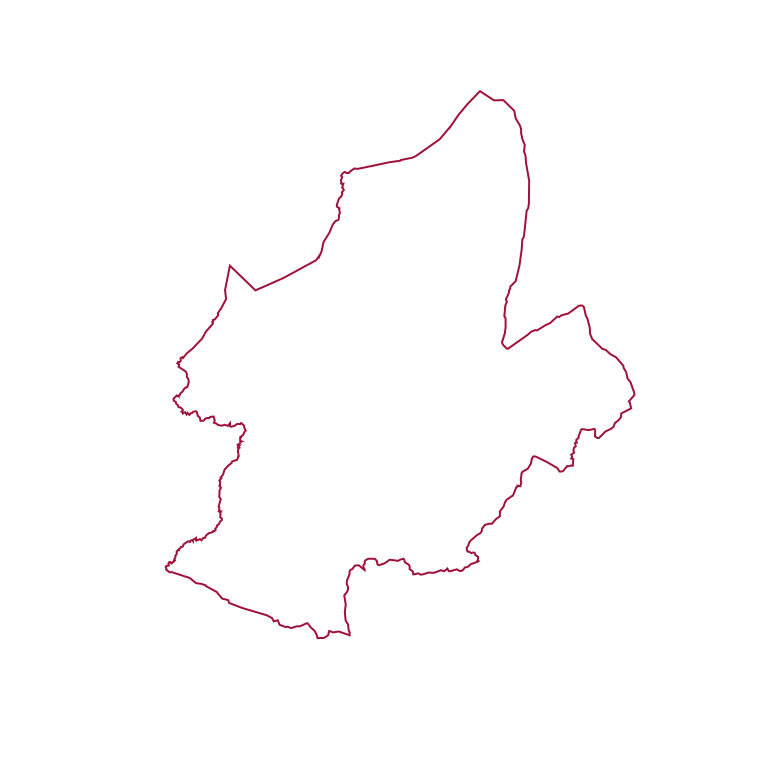 Poso, Sulawesi Tengah, Indonesia (Robinson projection), rotated 225°
{"feature_id": "22746128B71918225941207", "entity_name": "Poso", "entity_type": "district", "adm_level": 2, "iso_a3": "IDN", "parent_name": "Indonesia", "parent_adm1": "Sulawesi Tengah", "projection": "robinson", "projection_center": [120.54, -1.674], "detail": "fine", "context": "isolated", "style": "outline", "palette": "rose", "viewbox_px": 768, "rotation_deg": 225, "n_neighbors": 0, "source": "geoboundaries", "source_scale": "gbopen_adm2", "svg_char_len": 6151}
<svg xmlns="http://www.w3.org/2000/svg" viewBox="0 0 768 768"><g transform="rotate(225 384 384)"><path d="M523.2,658.9L522.9,641.2L521.7,627.4L518.5,610.2L518.9,610.7L517.7,596.4L522.6,567.9L523.9,564.2L530.5,554.2L530.2,553.6L537.0,544.6L554.5,517.8L557.4,515.3L558.3,510.0L558.0,508.3L559.6,506.8L561.7,506.2L562.2,504.0L561.6,500.9L559.9,500.8L558.4,497.4L556.8,496.5L556.1,495.4L555.0,495.6L554.4,496.8L552.4,493.3L551.4,493.5L549.5,492.6L549.4,489.8L547.9,488.9L547.0,487.0L546.9,483.1L543.8,476.9L542.4,476.1L539.7,476.8L539.4,475.9L536.2,473.8L535.4,471.8L532.8,468.9L532.3,467.6L533.5,465.0L533.0,460.7L529.5,452.0L527.2,441.8L522.0,433.7L519.7,427.9L520.3,428.1L519.5,423.6L530.1,387.8L541.1,359.3L576.6,358.7L562.8,338.0L555.7,332.4L552.4,321.5L551.6,316.6L549.9,315.4L549.3,310.2L550.2,308.2L549.4,307.8L549.3,306.4L548.2,306.4L547.6,305.1L547.0,295.2L544.8,287.8L544.4,273.7L545.1,266.6L544.5,260.2L545.6,260.4L546.1,258.4L544.0,256.5L544.0,254.9L544.5,254.6L544.0,253.4L545.0,253.5L544.8,252.5L542.4,252.8L541.5,250.9L533.1,252.6L530.7,251.9L528.2,249.5L526.1,249.4L523.4,247.3L520.9,242.7L521.9,240.8L521.8,239.0L521.1,236.3L521.3,233.2L520.6,231.9L521.1,230.6L520.6,230.2L521.2,230.2L521.4,229.4L522.4,229.3L522.4,224.7L520.9,223.5L518.7,224.1L516.7,223.0L515.1,223.4L513.0,222.3L511.0,223.6L508.7,223.7L507.6,223.2L507.6,221.3L506.6,221.7L505.4,220.9L504.6,223.5L502.0,222.9L502.4,224.6L499.7,224.6L500.0,226.5L499.2,227.8L499.3,229.5L497.6,231.8L496.2,231.7L493.3,229.8L490.4,230.0L487.8,228.2L486.1,229.9L485.5,231.4L485.9,233.2L484.7,235.3L483.5,236.1L483.5,238.1L481.4,240.5L477.8,238.4L476.9,236.3L474.5,237.5L472.3,237.7L469.2,239.8L467.9,242.5L464.9,243.9L465.2,247.5L463.0,245.3L461.7,245.8L460.0,249.0L459.6,251.9L457.3,254.0L457.4,255.3L456.9,255.6L453.4,255.5L451.7,254.2L448.8,253.3L448.7,251.2L447.6,248.4L448.0,245.3L447.4,245.1L447.8,244.4L445.3,241.8L444.9,241.8L444.4,242.7L444.1,242.8L444.5,242.2L443.9,240.4L444.5,237.5L442.8,236.6L442.7,237.4L442.6,237.6L442.4,236.1L441.4,236.4L441.8,235.5L441.0,235.4L440.3,233.6L435.8,230.3L436.0,229.9L434.6,227.4L434.2,226.0L435.3,224.8L436.6,221.6L435.9,220.2L436.4,216.8L436.2,210.8L433.7,206.0L433.4,202.8L432.9,202.7L433.3,202.2L432.1,201.2L432.2,199.4L430.4,198.9L429.5,197.3L428.3,196.6L428.3,195.5L425.9,195.3L425.2,192.7L420.7,187.7L418.1,187.2L414.1,180.2L412.9,180.1L411.0,177.7L410.0,178.3L410.3,177.4L409.4,177.7L409.6,177.3L407.8,176.6L405.7,174.1L403.5,174.2L402.5,173.2L402.6,170.3L401.6,168.5L402.1,166.1L401.1,164.6L400.9,162.2L399.7,161.5L400.0,159.9L400.7,159.4L399.5,160.1L400.7,159.4L400.4,158.1L402.3,154.7L402.8,151.0L401.8,148.9L402.9,147.4L402.5,144.4L404.5,144.2L405.2,142.1L406.4,141.1L408.1,142.2L408.1,141.0L407.7,141.3L407.2,141.2L406.8,140.7L408.2,141.0L408.9,138.7L408.0,137.8L409.4,138.0L410.2,135.4L409.7,135.2L411.5,133.8L412.3,128.9L411.3,126.7L412.3,125.1L411.9,123.9L412.3,122.7L411.4,121.4L412.2,120.9L412.2,119.0L410.3,117.2L410.2,115.3L408.8,113.7L408.7,112.3L407.1,111.5L407.8,110.5L407.0,109.9L407.5,108.5L407.2,107.0L408.0,106.6L409.1,107.0L409.9,106.4L409.6,104.7L407.8,103.6L409.2,101.5L409.1,100.4L407.3,99.6L406.9,98.7L402.3,99.3L401.1,100.9L384.1,109.5L376.0,110.3L371.9,113.5L367.6,115.6L367.0,115.2L355.4,118.6L346.7,117.8L341.4,121.0L338.6,119.7L325.8,125.4L303.3,137.6L297.7,139.3L294.1,138.2L292.1,141.8L287.5,139.9L281.3,142.8L280.7,144.2L277.1,145.7L274.5,150.7L272.1,153.3L269.4,160.3L268.4,160.8L263.8,160.1L258.5,160.4L253.7,158.8L251.3,157.3L247.0,161.9L246.2,164.5L245.9,166.9L248.1,170.7L244.3,172.4L241.0,177.0L230.7,182.0L232.5,184.0L235.3,185.2L239.4,188.6L244.0,189.7L250.5,195.1L255.0,200.9L262.6,206.4L263.2,211.1L264.1,213.3L266.1,215.1L268.9,216.3L271.1,218.6L273.8,224.9L276.0,227.5L276.3,228.9L275.5,230.7L276.2,235.0L273.6,238.0L266.1,238.7L266.6,239.3L268.7,239.6L270.3,241.2L270.7,243.6L272.3,245.0L272.5,246.0L271.6,249.3L266.9,253.9L263.9,253.8L261.0,251.8L259.3,252.4L256.7,257.9L255.7,263.8L248.9,269.0L248.4,271.2L246.7,274.1L245.6,274.2L243.3,272.7L238.4,273.8L236.4,272.8L235.0,271.2L231.1,271.8L228.6,270.1L225.8,274.4L223.6,274.9L222.2,276.4L219.0,282.4L215.2,285.7L212.0,292.6L209.0,294.2L208.7,298.3L206.1,297.5L204.9,298.2L201.5,304.4L198.3,305.3L197.2,306.4L196.6,308.4L197.1,311.3L195.4,314.2L195.2,318.0L191.9,325.0L191.9,325.5L193.0,324.9L193.6,326.7L195.2,328.3L198.5,327.7L200.5,328.7L201.6,328.1L202.8,326.1L205.3,325.6L206.2,324.7L207.5,324.9L209.6,326.5L210.3,329.7L211.7,332.2L212.0,334.1L211.4,343.3L210.4,346.4L210.7,348.8L212.4,351.0L213.0,355.8L210.3,360.3L208.9,361.4L209.3,367.6L208.5,372.4L212.0,375.9L212.7,381.7L214.8,385.9L215.5,388.7L214.0,396.5L217.4,404.4L217.1,406.3L217.6,406.6L215.3,408.1L217.2,411.3L219.4,412.8L223.6,418.2L224.0,419.8L222.4,425.7L223.8,431.4L226.8,436.1L227.1,438.1L226.8,439.0L224.6,440.3L213.4,444.1L202.0,447.1L198.0,446.2L196.5,447.7L195.8,449.3L196.5,455.5L195.8,455.6L194.3,458.4L192.7,459.7L197.1,464.8L198.9,463.7L199.6,465.7L201.7,466.4L201.0,469.9L203.0,470.9L204.6,473.2L204.3,475.5L207.1,477.3L207.2,478.5L206.4,478.9L208.4,480.3L208.4,483.8L209.4,484.5L212.4,491.3L211.8,492.4L206.7,496.1L203.4,501.1L201.7,500.4L197.8,496.1L194.9,496.7L193.8,497.9L193.9,506.6L191.7,513.4L191.4,515.8L193.1,519.7L192.5,524.0L192.9,527.9L195.4,531.0L192.0,541.5L197.1,544.7L198.5,544.7L199.2,553.3L201.1,554.9L211.1,559.6L215.6,560.1L221.1,563.6L225.8,564.8L227.7,566.1L238.6,567.0L245.0,565.2L251.5,564.9L254.1,563.3L268.5,563.0L273.8,565.2L277.9,569.0L286.6,574.2L289.3,574.9L297.2,579.8L299.4,579.6L301.5,577.3L303.6,563.9L307.0,558.3L307.5,555.2L309.2,554.2L309.6,544.5L311.5,539.4L313.7,530.0L315.2,529.1L316.9,525.2L317.1,521.0L321.2,497.0L322.1,495.8L327.7,495.9L330.0,496.8L334.5,505.5L338.4,510.4L344.7,516.6L346.8,517.0L353.7,525.3L355.4,529.1L357.6,530.0L360.5,537.5L361.7,538.5L362.2,540.7L363.6,542.3L363.6,549.8L372.0,563.6L381.8,576.5L388.5,584.2L388.9,586.4L390.1,588.2L405.6,607.3L406.5,610.6L409.2,614.1L425.2,630.5L439.3,640.3L445.8,645.8L449.4,647.4L453.3,652.4L459.5,655.1L464.1,658.1L467.6,661.4L471.3,663.1L478.7,664.9L485.1,669.3L500.4,669.1L506.7,662.4L523.2,658.9Z" fill="none" stroke="#9f1239" stroke-width="2"/></g></svg>